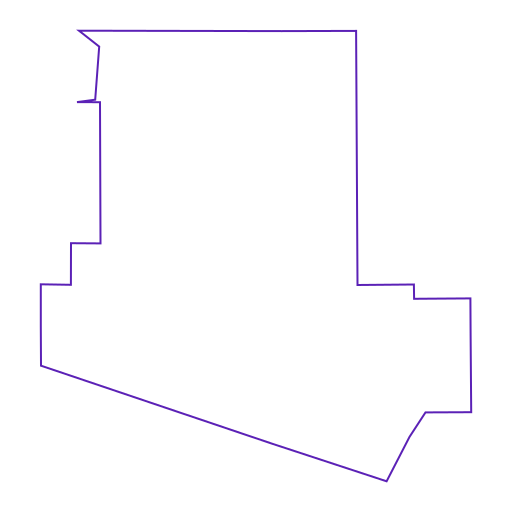 Carroll, Mississippi, United States of America (Mercator projection)
{"feature_id": "52423323B85460642411407", "entity_name": "Carroll", "entity_type": "district", "adm_level": 2, "iso_a3": "USA", "parent_name": "United States of America", "parent_adm1": "Mississippi", "projection": "mercator", "projection_center": [-89.927, 33.446], "detail": "fine", "context": "isolated", "style": "outline", "palette": "violet", "viewbox_px": 512, "rotation_deg": 0, "n_neighbors": 0, "source": "geoboundaries", "source_scale": "gbopen_adm2", "svg_char_len": 435}
<svg xmlns="http://www.w3.org/2000/svg" viewBox="0 0 512 512"><path d="M79.0,30.7L99.2,46.6L95.2,99.7L77.0,102.1L100.0,102.2L100.5,243.4L71.0,243.2L70.9,284.8L40.8,284.3L40.8,326.0L41.0,365.7L242.2,433.6L252.0,436.9L272.7,443.9L386.6,481.3L409.5,436.9L425.5,412.4L471.2,412.2L470.6,333.5L470.4,298.4L427.4,298.7L414.1,298.8L413.9,284.5L357.5,285.0L356.1,30.9L281.8,31.1L79.0,30.7Z" fill="none" stroke="#5b21b6" stroke-width="2"/></svg>